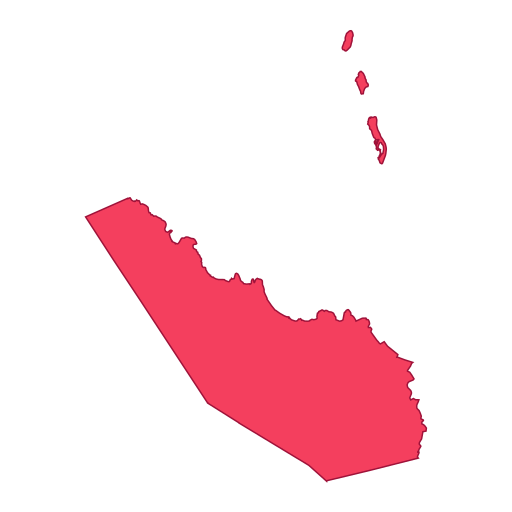 Central Makira, Makira, Solomon Islands
{"feature_id": "97153195B44789937557003", "entity_name": "Central Makira", "entity_type": "district", "adm_level": 2, "iso_a3": "SLB", "parent_name": "Solomon Islands", "parent_adm1": "Makira", "projection": "equal_earth", "projection_center": [161.859, -10.384], "detail": "fine", "context": "isolated", "style": "filled", "palette": "rose", "viewbox_px": 512, "rotation_deg": 0, "n_neighbors": 0, "source": "geoboundaries", "source_scale": "gbopen_adm2", "svg_char_len": 6032}
<svg xmlns="http://www.w3.org/2000/svg" viewBox="0 0 512 512"><path d="M207.7,403.1L238.8,422.7L238.8,422.9L308.8,465.3L326.7,481.3L326.8,480.7L371.7,469.9L418.3,458.1L417.5,457.1L417.6,456.1L418.9,453.1L419.0,452.2L417.8,452.2L417.8,451.7L418.7,450.6L419.0,449.4L420.8,446.4L420.8,446.0L419.2,444.0L419.5,442.4L421.6,438.9L422.9,431.7L426.0,431.1L426.4,428.1L425.1,426.2L423.6,424.7L421.9,423.9L421.8,422.6L421.9,422.0L423.4,420.6L423.3,420.0L421.0,418.8L420.9,418.1L421.3,416.2L420.3,413.3L419.1,410.6L417.1,408.6L416.8,407.8L416.7,405.8L416.9,404.7L418.3,401.6L418.9,399.8L415.4,399.7L413.4,398.5L410.7,399.9L409.7,397.9L411.4,393.7L411.4,392.2L410.7,390.5L407.7,387.5L407.1,384.9L408.0,382.6L409.2,381.6L413.1,380.0L414.0,378.9L411.6,374.9L409.7,372.2L407.5,371.2L407.5,370.4L410.5,366.1L411.6,363.4L412.8,362.4L404.9,359.9L397.4,357.1L396.9,357.2L397.9,354.6L387.5,346.2L384.2,341.7L380.4,343.9L379.4,343.3L378.1,341.6L377.0,340.5L371.1,332.3L371.0,330.9L371.7,329.5L371.5,328.6L370.3,327.3L369.2,327.6L368.4,327.5L368.3,326.4L369.6,323.9L369.4,322.5L369.0,321.1L368.3,319.9L367.9,319.6L366.3,319.5L366.2,318.4L365.9,318.1L362.3,318.2L356.0,321.1L355.6,320.0L353.8,317.1L352.4,315.7L351.0,315.2L350.7,312.7L350.2,311.9L348.9,310.2L348.4,309.7L347.6,309.7L346.4,310.3L345.7,311.2L345.5,312.0L344.8,312.1L344.3,312.7L343.0,319.8L341.7,320.7L339.6,321.2L335.9,319.7L335.7,317.0L335.4,316.5L334.9,316.2L333.6,313.4L332.7,312.7L331.1,312.0L329.0,311.8L326.8,310.5L325.2,310.5L324.3,311.3L323.0,310.3L322.0,309.9L321.2,310.5L320.2,310.7L319.6,311.4L318.8,311.5L318.3,312.8L317.5,313.1L317.2,314.2L317.2,315.5L316.9,316.0L317.1,318.3L316.5,318.9L315.3,319.4L313.8,319.7L311.9,319.3L310.0,320.3L309.7,320.8L308.1,321.2L304.7,321.1L302.6,320.2L301.7,320.3L301.6,319.7L300.5,318.7L299.9,319.1L298.7,319.0L297.3,320.7L296.0,321.1L295.0,321.0L291.5,319.8L290.1,318.6L289.3,317.5L289.2,317.7L289.3,318.3L288.7,318.0L288.6,316.9L286.7,316.8L284.4,315.9L279.8,313.3L275.6,310.3L275.1,310.2L271.5,305.7L267.0,299.2L267.1,298.4L264.9,293.8L264.1,291.8L264.1,289.4L263.3,286.6L262.5,284.8L262.3,280.9L261.6,279.9L260.5,279.3L259.3,279.3L258.9,278.9L257.4,278.7L257.2,278.4L255.9,279.4L255.1,280.8L254.8,282.0L254.2,282.5L253.9,282.0L254.2,281.6L253.8,281.1L253.5,279.6L253.0,279.0L252.5,279.1L252.1,279.4L251.4,281.2L251.3,283.2L250.8,283.9L250.1,284.2L250.1,283.9L249.9,283.8L246.4,284.1L243.5,283.6L243.0,282.5L241.3,281.3L240.5,280.4L240.3,279.3L238.7,275.4L237.8,274.0L236.6,273.3L235.7,273.6L235.3,274.1L234.1,278.6L232.4,279.0L231.6,278.4L231.5,279.2L230.4,279.5L229.5,281.4L228.9,281.7L227.9,281.5L225.5,280.6L224.2,279.6L218.4,279.5L216.2,279.0L214.3,278.1L213.2,277.1L212.9,277.4L212.5,277.3L210.7,276.1L210.3,276.0L210.2,275.6L210.5,275.5L210.5,275.3L210.1,275.3L207.5,272.7L205.7,269.4L205.7,268.3L205.4,267.6L204.7,267.3L203.5,267.5L202.3,266.6L201.6,264.4L201.7,262.3L201.0,261.6L201.5,260.2L201.4,258.6L200.4,257.5L199.5,255.2L198.2,254.2L197.7,252.2L197.1,252.0L196.5,251.1L196.4,250.0L193.6,248.4L193.4,248.1L193.0,246.7L193.1,245.1L193.9,244.4L195.9,244.2L196.7,243.6L196.1,241.8L194.7,239.5L193.5,238.7L191.2,238.4L187.9,237.1L186.1,237.0L185.3,237.3L184.3,238.1L182.3,238.0L181.5,238.3L179.0,242.6L177.8,243.8L177.0,243.8L175.6,243.2L175.3,243.6L175.0,242.9L172.0,241.5L172.2,241.0L171.0,239.3L170.1,237.0L169.3,234.1L170.4,232.2L170.6,232.6L170.9,232.5L171.3,231.7L171.9,231.3L172.0,230.6L171.3,230.3L170.3,230.3L167.7,232.3L165.7,231.5L164.8,229.5L164.8,228.8L165.8,226.2L166.1,224.7L166.0,223.8L165.2,221.9L163.5,220.6L162.1,220.2L161.4,219.2L160.3,218.4L157.3,217.0L156.1,216.1L154.8,216.0L153.8,216.3L152.2,214.7L151.1,214.9L150.3,212.9L149.1,212.7L148.5,211.0L148.2,208.0L147.8,207.1L145.8,205.4L144.0,204.5L142.5,203.9L140.7,204.3L140.5,203.5L140.1,203.1L139.5,201.3L139.1,200.7L137.6,200.7L136.7,199.9L135.4,201.3L135.0,201.4L134.6,201.1L134.4,201.4L133.7,201.3L131.7,200.3L130.2,197.9L129.5,197.9L127.9,198.7L127.7,198.3L85.6,216.9L113.4,259.8L139.8,299.6L207.4,402.6L207.8,402.8L207.7,403.1ZM386.3,149.1L386.1,147.2L385.3,143.9L382.9,139.7L380.7,136.5L379.9,134.0L377.7,129.7L376.5,124.9L376.8,120.0L376.1,117.3L375.6,116.9L374.5,116.8L373.0,117.5L371.0,117.0L370.8,118.0L370.4,118.2L369.7,118.0L369.8,117.0L368.7,118.9L368.2,121.5L367.9,121.8L368.2,122.3L367.7,124.1L368.8,125.1L369.4,126.2L369.6,127.0L369.6,128.5L369.8,129.0L370.5,129.3L371.6,130.7L372.2,133.4L373.7,137.2L374.1,137.7L374.9,138.1L375.8,139.8L377.9,139.6L377.4,140.5L377.2,141.5L378.0,141.2L378.0,140.7L378.4,140.5L377.2,143.0L377.2,143.7L376.4,144.3L376.3,145.3L375.4,143.8L375.4,141.6L375.6,141.4L375.5,141.1L375.6,140.5L376.1,140.3L375.3,140.3L374.3,141.9L374.7,143.6L375.6,144.5L376.2,146.0L376.5,147.6L376.2,148.4L376.4,149.1L376.8,149.2L377.5,150.3L378.6,150.0L378.8,149.3L378.8,148.9L378.1,148.3L378.1,146.4L379.4,143.2L380.0,142.7L380.6,142.5L381.4,142.8L381.8,144.0L382.9,145.1L383.4,146.5L383.6,149.6L382.9,153.3L381.7,154.1L380.5,155.9L380.7,152.7L380.2,151.0L380.5,149.7L380.0,149.4L379.8,150.4L380.3,152.6L380.1,154.4L379.4,155.6L378.7,158.3L378.3,157.5L378.1,157.6L378.4,159.3L379.2,160.3L380.0,162.8L381.5,163.7L382.0,163.7L382.5,163.2L385.4,155.5L385.8,153.6L386.3,149.1ZM368.3,85.0L367.7,83.4L367.1,83.1L366.3,81.9L366.0,79.7L365.4,78.8L364.9,77.7L365.1,77.3L365.0,76.9L363.7,74.2L363.3,73.4L361.2,71.4L360.2,71.5L360.1,71.9L359.0,72.7L358.3,74.4L358.7,74.9L358.7,75.3L358.1,77.0L357.5,77.5L357.2,77.3L356.8,77.6L355.5,80.2L355.6,81.1L356.5,81.4L356.9,82.2L357.4,84.3L358.6,86.6L359.8,89.9L360.5,91.1L360.9,93.4L361.4,94.0L363.3,93.7L363.6,91.4L364.7,88.5L366.1,87.0L367.9,86.5L368.3,85.0ZM353.1,35.0L352.6,32.7L351.7,31.1L351.0,30.7L350.0,30.8L349.2,31.2L346.6,33.5L345.3,37.3L345.2,38.5L345.3,40.4L344.1,42.1L343.6,43.9L342.3,47.2L342.3,48.4L342.7,49.3L343.1,49.7L344.3,49.9L344.9,50.7L345.9,51.0L347.2,50.1L350.3,46.9L350.9,45.3L351.2,43.7L352.1,40.7L352.0,40.0L352.3,37.6L352.6,36.6L353.0,36.1L353.1,35.0ZM377.1,142.3L376.8,142.1L376.5,142.6L376.5,143.6L377.1,142.3Z" fill="#f43f5e" stroke="#9f1239" stroke-width="1.5"/></svg>